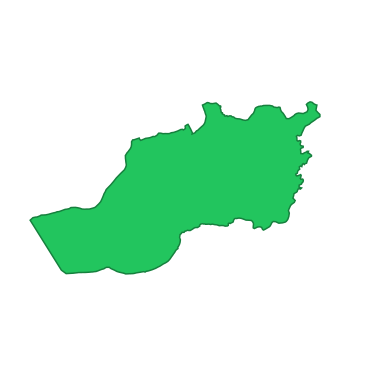 the district of Ovia South-West, Edo, Nigeria, rotated 237°
{"feature_id": "59680162B58622494857171", "entity_name": "Ovia South-West", "entity_type": "district", "adm_level": 2, "iso_a3": "NGA", "parent_name": "Nigeria", "parent_adm1": "Edo", "projection": "natural_earth1", "projection_center": [5.256, 6.471], "detail": "fine", "context": "isolated", "style": "filled", "palette": "green", "viewbox_px": 384, "rotation_deg": 237, "n_neighbors": 0, "source": "geoboundaries", "source_scale": "gbopen_adm2", "svg_char_len": 5779}
<svg xmlns="http://www.w3.org/2000/svg" viewBox="0 0 384 384"><g transform="rotate(237 192 192)"><path d="M196.9,344.1L197.5,343.5L199.2,342.4L201.9,341.5L203.3,340.1L203.5,337.5L203.1,335.6L200.5,335.3L198.1,334.4L196.6,332.2L197.2,328.0L199.2,325.6L200.2,324.4L200.9,322.2L200.9,320.3L200.5,319.2L200.5,318.0L200.5,315.6L200.7,313.2L202.2,311.1L204.7,311.3L208.4,311.3L210.8,310.8L212.8,311.1L213.5,311.4L215.0,311.9L215.9,311.1L216.4,309.4L218.8,306.8L220.2,306.4L222.4,304.2L224.1,301.5L225.5,299.3L226.2,296.9L226.7,296.4L226.9,295.5L227.4,294.9L227.5,294.1L227.8,292.9L227.9,291.8L227.8,290.9L227.2,289.9L226.2,288.9L225.7,288.2L224.5,286.2L224.1,283.9L223.5,282.2L222.8,280.2L222.1,278.4L222.6,276.9L222.9,275.9L224.4,274.2L227.2,271.9L228.6,270.1L229.8,268.8L230.7,268.2L232.2,267.8L233.2,266.6L234.6,266.2L235.6,264.6L235.7,263.2L236.3,262.9L237.0,262.9L237.5,261.3L238.1,260.8L238.9,261.2L239.6,260.8L241.1,260.0L241.9,260.6L242.7,259.9L244.4,260.5L245.5,261.0L246.6,261.2L247.3,261.6L247.6,262.5L248.6,262.8L249.2,261.9L250.9,261.5L251.7,261.3L253.5,260.6L254.9,257.4L256.3,255.5L257.8,254.6L258.7,253.5L258.8,252.4L258.8,251.2L258.9,249.9L259.1,249.1L259.2,248.1L256.5,247.4L254.5,247.0L254.1,246.8L253.2,246.8L251.7,246.3L249.7,245.7L248.6,245.5L248.0,245.3L247.0,244.5L246.4,243.9L245.2,242.7L243.7,241.2L243.0,240.3L242.2,238.7L241.8,237.4L241.6,235.8L241.1,232.8L240.6,230.4L240.8,229.0L240.0,226.6L240.2,225.8L240.6,223.7L241.2,224.3L241.8,224.6L246.2,225.2L247.5,225.2L248.3,225.4L250.9,225.5L251.1,224.7L251.1,222.2L250.5,221.8L249.0,221.2L248.7,219.9L248.8,218.5L249.7,218.2L250.5,216.7L250.8,214.4L251.0,213.0L251.9,209.3L252.3,208.4L253.0,206.9L253.3,204.9L254.1,203.5L255.5,201.5L256.7,199.4L257.8,198.4L258.7,197.4L259.5,196.0L258.7,193.7L258.7,192.3L258.7,191.0L259.8,189.6L260.1,187.9L260.6,185.9L261.5,183.9L262.3,182.2L262.6,180.2L262.9,178.8L263.2,177.1L263.9,177.0L264.9,176.8L266.0,177.1L267.4,171.7L268.0,170.7L267.7,170.0L267.1,168.7L264.9,167.3L263.1,165.7L262.0,164.0L260.6,160.3L260.3,159.0L258.8,155.9L257.7,155.3L256.6,154.6L254.0,153.3L253.1,152.9L252.6,152.6L251.1,152.0L249.7,151.0L248.3,149.0L247.4,147.3L246.5,142.6L245.7,139.2L245.2,137.1L245.1,136.5L244.2,133.9L243.4,131.5L242.2,127.5L241.6,124.8L240.8,121.4L239.3,119.1L238.5,117.4L236.8,115.1L235.0,112.4L233.6,110.1L233.0,108.1L232.8,107.4L231.9,102.7L232.2,101.0L233.6,96.6L235.3,93.9L236.1,92.5L237.6,90.5L239.5,89.1L241.5,87.1L242.7,85.7L244.9,82.0L244.9,79.9L245.8,77.6L246.6,76.0L246.6,75.9L247.2,73.2L248.0,69.8L248.9,68.1L249.2,66.4L250.3,63.4L251.4,59.7L252.6,56.6L254.8,52.9L254.8,51.5L255.4,48.5L256.2,47.0L257.1,44.6L256.5,40.9L249.2,40.8L197.6,39.9L192.1,42.0L188.6,48.2L186.6,52.2L186.3,52.9L183.1,58.0L182.3,59.3L180.8,62.0L179.7,64.1L179.1,65.1L178.5,66.5L177.6,68.2L177.1,70.2L176.8,71.8L176.5,73.2L176.2,74.5L175.6,76.2L175.6,78.2L175.4,79.3L173.9,81.6L171.9,82.3L170.4,83.3L168.7,84.4L166.3,85.7L164.3,87.4L161.1,90.5L159.4,91.8L157.6,94.9L156.2,97.2L155.3,98.9L154.5,101.3L153.3,104.0L151.6,108.0L150.4,109.1L150.4,110.4L149.6,112.4L149.0,114.5L148.4,116.8L148.4,117.0L147.8,119.9L147.6,122.5L147.3,124.6L147.3,126.6L147.3,127.6L147.3,128.9L147.0,131.3L147.0,134.0L147.3,135.3L147.9,137.4L148.0,137.6L148.8,139.4L149.4,141.1L150.0,142.4L150.9,144.8L151.5,145.8L152.1,147.4L152.2,149.4L153.5,150.1L153.8,151.1L155.0,153.1L155.6,153.8L156.2,154.5L158.2,156.2L160.6,156.8L162.9,158.9L162.9,159.9L163.0,160.3L163.6,161.7L163.0,162.5L162.5,163.4L163.0,164.6L162.6,165.6L162.4,167.3L161.4,168.4L160.7,169.5L160.6,171.0L160.6,174.7L160.1,175.9L159.2,177.3L159.2,178.3L159.2,179.9L159.6,180.1L159.8,180.2L160.3,181.2L160.2,182.3L159.5,183.8L158.7,184.4L158.3,185.4L157.7,185.6L157.1,186.5L155.8,188.8L154.6,189.9L154.0,191.6L152.5,193.0L150.8,195.1L148.9,196.5L147.8,198.6L146.7,200.1L145.3,201.2L144.9,202.0L144.3,202.9L144.2,204.2L144.9,204.7L145.8,205.3L145.7,206.2L144.8,206.8L144.7,208.2L144.5,209.3L144.5,210.3L145.6,211.4L146.0,212.1L146.4,213.0L146.3,213.8L145.5,214.9L144.6,217.2L143.0,219.0L140.7,220.8L139.0,222.0L138.1,223.3L136.9,224.9L136.0,226.0L135.8,226.3L134.4,226.6L132.7,226.6L132.4,226.4L131.6,226.1L130.0,224.8L128.6,223.8L127.4,224.4L127.4,224.6L127.1,226.1L127.1,227.0L126.8,228.2L125.7,230.2L124.3,231.1L122.1,230.8L121.1,231.3L121.0,232.5L120.9,233.3L120.8,235.9L120.7,238.0L121.0,239.2L121.9,240.8L122.9,242.5L123.0,244.1L121.4,246.1L118.7,247.7L118.1,248.7L116.8,251.2L116.0,253.7L116.0,255.0L116.8,257.3L118.7,259.8L121.3,262.1L123.0,262.5L123.8,262.7L124.8,263.9L127.0,267.3L127.1,267.8L127.4,269.0L127.6,272.2L128.7,273.9L130.0,273.6L131.0,273.5L131.9,273.3L132.8,274.4L133.8,275.5L135.0,276.5L135.0,278.3L134.9,279.6L135.1,280.4L135.8,281.2L136.7,282.7L136.4,283.6L135.4,284.5L135.7,286.1L137.7,284.4L138.7,285.1L139.4,285.7L139.0,288.1L139.8,289.4L140.0,290.6L141.0,291.6L142.1,292.0L142.8,291.6L143.3,290.2L144.4,290.2L144.9,291.0L146.5,292.6L147.4,292.6L147.7,291.0L148.3,288.7L148.9,288.4L149.7,288.4L150.5,288.8L150.4,290.5L151.9,292.0L152.4,293.2L152.4,294.7L153.2,295.0L153.8,295.3L154.7,295.8L154.6,297.4L153.5,297.9L155.1,299.6L155.2,300.8L153.9,301.1L154.2,302.1L153.8,303.8L155.6,305.9L156.5,307.4L157.1,308.7L156.9,311.6L157.7,312.2L160.6,311.3L161.6,310.4L162.7,311.9L163.5,310.7L163.2,310.0L163.7,307.3L163.6,305.9L165.0,304.2L166.5,305.1L167.5,305.7L168.6,306.1L169.1,306.7L169.3,307.6L168.8,309.4L169.8,310.2L171.6,308.5L172.9,308.6L173.5,308.9L174.5,310.3L175.7,310.9L176.7,310.0L176.8,308.6L178.1,308.1L180.4,309.5L181.9,309.9L182.0,311.4L180.6,312.6L180.2,314.5L181.6,316.2L182.8,318.2L184.4,320.6L185.5,322.9L185.0,327.3L185.4,329.7L185.4,331.7L185.5,334.6L185.8,337.4L185.6,338.1L185.5,340.3L187.4,341.5L189.4,341.0L190.5,340.8L193.0,340.4L196.9,344.1Z" fill="#22c55e" stroke="#15803d" stroke-width="1.5"/></g></svg>